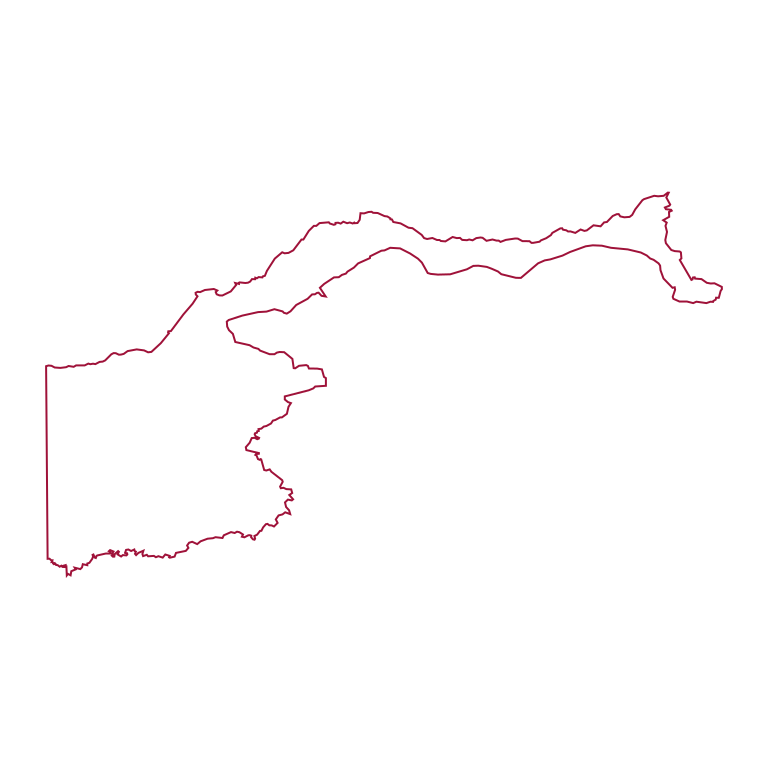 Nyasa, Ruvuma, United Republic of Tanzania, rotated 90°
{"feature_id": "72390352B51604936414420", "entity_name": "Nyasa", "entity_type": "district", "adm_level": 2, "iso_a3": "TZA", "parent_name": "United Republic of Tanzania", "parent_adm1": "Ruvuma", "projection": "equal_earth", "projection_center": [34.941, -11.007], "detail": "fine", "context": "isolated", "style": "outline", "palette": "rose", "viewbox_px": 768, "rotation_deg": 90, "n_neighbors": 0, "source": "geoboundaries", "source_scale": "gbopen_adm2", "svg_char_len": 6124}
<svg xmlns="http://www.w3.org/2000/svg" viewBox="0 0 768 768"><g transform="rotate(90 384 384)"><path d="M197.5,101.7L192.7,99.3L192.6,100.2L195.8,104.3L196.3,109.9L195.8,113.8L199.1,123.9L200.2,125.6L209.4,132.8L214.9,135.8L216.9,138.4L217.3,143.7L216.4,147.7L214.1,149.3L214.2,151.3L216.0,155.3L222.0,161.1L222.4,163.9L226.3,167.4L225.3,174.5L230.4,181.2L230.9,183.6L229.5,187.4L232.9,192.7L231.4,197.6L231.5,199.9L230.3,201.7L229.7,205.0L228.3,205.8L228.4,207.7L232.9,215.7L235.1,217.1L238.2,221.8L240.4,227.1L241.7,228.4L242.9,235.1L242.9,236.5L241.2,238.5L241.1,245.6L238.6,250.2L238.5,252.8L239.9,262.2L241.9,267.5L240.6,269.3L240.6,271.5L239.5,275.5L240.8,281.5L237.8,285.4L237.5,287.5L238.1,291.7L240.3,295.4L239.5,298.8L240.2,301.0L239.9,305.8L237.9,308.0L238.1,311.2L237.0,315.4L241.4,322.6L241.0,327.1L240.0,328.5L240.0,331.0L238.0,335.6L239.0,340.9L238.1,343.9L234.9,346.3L228.2,355.5L227.7,359.5L223.4,367.4L222.0,374.7L219.5,376.0L219.3,377.6L218.4,377.6L216.5,380.6L216.1,383.5L213.0,390.3L212.8,394.9L211.8,396.4L212.0,399.5L213.4,403.9L213.2,407.5L219.8,408.3L223.0,410.5L223.2,413.4L222.6,413.8L223.5,415.2L222.5,418.2L223.2,420.9L221.7,424.7L223.6,427.3L222.7,429.9L222.9,432.5L224.3,432.6L224.8,434.2L223.5,438.2L222.3,439.2L223.1,448.5L225.9,451.7L225.9,454.2L230.9,459.2L239.5,464.6L239.5,466.5L250.3,474.7L252.9,479.5L253.3,483.4L252.3,485.8L258.6,493.2L270.9,501.1L275.8,503.1L276.4,505.2L277.4,505.6L277.1,509.4L278.3,511.1L277.7,512.7L279.2,512.9L279.1,516.0L281.6,517.9L282.7,520.0L283.0,522.7L282.4,528.4L282.8,529.2L283.9,529.1L283.0,532.8L285.0,531.9L291.4,537.2L295.5,545.6L295.4,548.6L294.3,551.3L292.1,552.3L290.5,550.7L289.0,554.2L290.0,563.1L292.1,567.9L291.8,570.4L292.8,572.4L294.5,572.2L296.3,570.5L303.7,575.4L314.4,584.6L331.1,597.1L331.3,599.7L332.5,599.9L333.3,599.1L343.2,607.2L351.9,616.6L352.3,619.9L350.4,623.9L349.4,631.3L351.1,640.4L353.9,644.3L354.6,647.1L354.7,649.1L353.2,652.2L353.1,654.4L354.3,656.7L360.4,662.8L361.6,665.3L361.9,668.4L364.1,672.6L363.7,675.0L364.2,677.7L363.6,679.7L365.4,683.3L365.4,691.9L366.8,694.3L366.0,699.4L367.2,701.9L367.9,707.6L367.5,713.3L365.8,716.5L365.5,719.5L366.2,721.9L558.8,720.4L558.7,718.5L560.2,716.9L560.3,715.6L562.0,716.3L561.9,715.5L563.3,715.0L563.1,713.6L564.1,713.8L564.0,712.4L565.0,711.9L565.1,710.4L566.7,708.3L565.7,706.7L566.9,705.6L567.0,703.8L565.7,704.5L565.1,702.4L566.7,702.5L566.5,701.6L575.4,701.2L573.9,700.0L575.3,697.4L571.2,696.7L569.4,692.3L567.7,693.3L569.1,687.7L567.4,686.0L564.2,685.2L565.2,680.7L563.5,680.7L562.8,678.6L558.9,675.8L556.5,674.9L554.9,675.4L554.5,674.6L557.6,673.2L558.0,672.2L555.8,671.4L555.4,670.5L553.5,662.1L553.5,657.2L552.1,657.5L551.2,659.1L550.1,657.9L551.5,654.5L553.3,655.6L554.3,654.7L555.6,656.2L556.7,655.0L556.6,653.7L554.1,653.3L551.1,649.9L551.8,649.1L554.4,650.4L556.5,646.9L555.1,645.2L555.4,641.6L554.5,640.7L553.3,640.9L552.9,643.6L552.6,642.8L549.9,641.9L549.5,639.6L551.0,636.9L549.5,633.7L551.1,633.3L551.7,632.1L553.8,633.0L555.1,631.9L552.9,629.6L550.7,624.6L554.0,625.6L556.1,624.9L554.8,621.2L556.3,619.9L555.9,614.1L557.2,612.1L556.2,609.6L557.6,605.3L554.5,602.7L555.9,598.3L557.3,598.9L557.7,598.2L556.6,593.4L552.9,592.0L550.9,582.2L547.9,579.6L545.5,580.9L542.7,578.9L541.8,575.8L544.1,570.8L541.3,567.4L538.7,560.4L538.2,555.1L537.2,552.5L538.0,545.5L535.3,544.2L532.1,537.0L533.0,533.3L531.7,531.0L532.2,528.6L534.5,525.0L536.7,526.1L537.3,523.6L535.3,519.7L535.2,518.2L535.7,516.7L537.2,516.9L539.3,515.1L539.7,513.5L538.7,512.9L536.0,513.6L534.7,510.9L530.9,508.0L530.8,506.6L527.4,504.9L524.2,502.1L523.9,500.5L525.3,498.7L525.4,496.3L526.5,494.0L522.9,490.4L519.4,492.2L515.4,489.4L514.4,485.5L512.3,482.8L514.1,477.8L510.3,478.9L507.0,481.9L502.4,483.0L499.6,480.1L500.4,476.2L499.3,474.9L495.0,478.7L493.0,475.8L489.4,476.8L489.1,481.7L487.8,484.5L488.2,487.2L486.6,487.9L481.8,485.3L480.2,485.8L471.8,496.6L469.4,498.3L470.5,501.7L470.0,503.8L459.4,506.8L459.1,507.4L459.8,508.3L459.1,510.0L455.4,511.5L454.9,512.6L453.9,511.8L453.8,509.2L453.1,509.1L450.1,521.6L447.2,522.2L442.7,518.3L438.1,516.3L437.8,513.3L439.2,510.8L438.6,509.2L437.9,508.9L436.4,512.2L434.5,513.3L433.4,513.1L432.6,511.0L431.3,510.8L430.9,509.2L429.1,509.5L428.6,506.6L426.6,504.3L426.0,501.6L423.5,497.0L420.6,495.1L420.0,492.7L417.4,487.9L417.4,486.1L413.8,481.1L406.8,479.5L403.1,477.1L402.1,480.0L399.5,483.2L396.4,483.2L390.3,459.3L388.4,454.7L386.5,452.8L385.8,442.1L378.1,442.1L376.9,444.0L369.4,446.1L368.6,450.9L368.5,459.1L365.9,460.1L365.1,461.8L365.8,469.0L368.3,472.8L368.1,474.3L358.9,475.6L352.2,483.8L352.0,488.4L352.6,491.1L354.2,493.5L354.2,498.4L350.6,507.9L348.9,509.6L347.5,514.5L345.2,518.4L342.0,532.7L333.9,535.1L330.2,539.0L326.6,540.8L321.6,541.2L320.0,539.3L315.6,525.7L312.1,509.9L311.6,501.5L309.2,493.6L311.4,485.4L312.8,484.1L313.6,481.2L311.3,477.5L305.0,471.8L298.8,460.4L294.4,455.9L294.3,453.1L292.9,451.0L292.7,449.4L295.8,446.5L296.5,442.3L287.8,448.1L283.9,443.8L277.4,434.0L277.2,429.2L274.9,426.1L273.6,422.1L271.6,420.5L267.6,414.1L263.4,409.9L258.1,398.1L256.3,397.9L250.7,386.6L250.4,383.5L247.8,377.8L248.4,367.9L253.5,357.9L258.7,350.0L262.6,346.1L273.0,340.3L273.9,337.3L274.6,330.1L274.3,317.8L269.3,301.1L265.9,294.7L265.7,289.7L266.9,281.2L268.7,276.4L271.5,270.0L274.2,266.7L277.8,252.1L277.9,247.1L263.3,229.9L260.4,223.3L259.4,217.7L255.6,205.5L252.0,198.0L246.3,182.3L245.3,175.2L245.7,166.1L247.8,157.0L249.4,140.2L252.5,127.2L255.5,121.2L258.5,117.8L259.8,114.4L263.4,109.4L265.6,107.9L270.2,107.5L278.5,104.5L287.8,95.5L287.3,93.3L289.8,92.9L296.9,95.3L298.8,94.6L301.5,88.6L301.5,81.2L303.1,74.8L301.7,71.6L303.1,61.6L301.7,57.5L301.9,55.0L301.1,54.8L299.6,52.3L297.7,51.9L297.8,49.2L291.0,47.4L289.1,46.1L286.9,46.2L283.3,53.5L283.5,57.4L282.8,61.2L279.1,66.5L278.6,72.9L277.3,73.3L277.5,75.0L279.4,75.5L279.9,76.6L260.0,88.2L258.4,86.6L252.4,87.1L251.5,88.3L251.1,93.3L250.0,96.7L243.2,102.1L240.0,102.7L231.9,101.0L225.9,102.5L222.6,101.3L220.2,104.8L216.8,98.8L212.0,99.0L210.7,96.3L209.8,96.9L209.2,102.1L207.5,103.1L205.7,98.6L204.6,97.8L197.5,101.7Z" fill="none" stroke="#9f1239" stroke-width="2"/></g></svg>